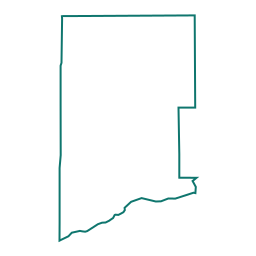 Skamania, Washington, United States of America
{"feature_id": "52423323B13974884585376", "entity_name": "Skamania", "entity_type": "district", "adm_level": 2, "iso_a3": "USA", "parent_name": "United States of America", "parent_adm1": "Washington", "projection": "albers", "projection_center": [-121.935, 45.968], "detail": "fine", "context": "isolated", "style": "outline", "palette": "teal", "viewbox_px": 256, "rotation_deg": 0, "n_neighbors": 0, "source": "geoboundaries", "source_scale": "gbopen_adm2", "svg_char_len": 677}
<svg xmlns="http://www.w3.org/2000/svg" viewBox="0 0 256 256"><path d="M195.2,107.6L194.7,15.4L85.3,16.0L62.7,16.1L61.9,16.2L62.1,18.7L61.5,62.8L60.6,65.7L60.6,105.0L60.7,155.2L59.6,168.0L59.6,222.7L59.5,240.6L68.4,236.3L71.8,232.7L79.9,230.9L82.0,231.3L82.6,231.4L85.2,231.7L87.2,231.1L97.9,224.2L102.0,222.7L105.6,222.5L109.4,220.6L110.0,220.1L113.1,218.0L114.6,215.1L115.3,214.7L118.4,214.9L120.9,213.6L123.4,212.2L124.8,210.1L124.6,207.8L131.1,201.8L141.6,198.1L155.8,201.5L161.0,201.3L168.3,198.5L175.3,198.6L193.6,192.7L195.4,193.1L195.8,186.9L192.6,181.0L196.5,177.8L179.3,177.7L179.3,154.2L178.5,107.6L195.2,107.6Z" fill="none" stroke="#0f766e" stroke-width="2"/></svg>